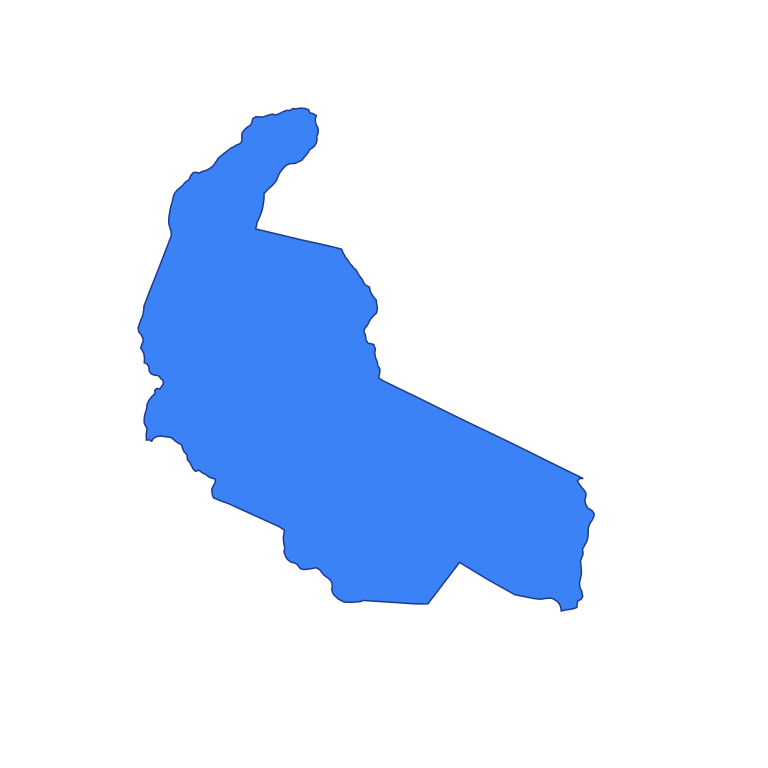 outline of Salto do Céu, Mato Grosso, Brazil, rotated 26°
{"feature_id": "56859067B30882988861922", "entity_name": "Salto do Céu", "entity_type": "district", "adm_level": 2, "iso_a3": "BRA", "parent_name": "Brazil", "parent_adm1": "Mato Grosso", "projection": "robinson", "projection_center": [-58.088, -15.003], "detail": "fine", "context": "isolated", "style": "filled", "palette": "blue", "viewbox_px": 768, "rotation_deg": 26, "n_neighbors": 0, "source": "geoboundaries", "source_scale": "gbopen_adm2", "svg_char_len": 4262}
<svg xmlns="http://www.w3.org/2000/svg" viewBox="0 0 768 768"><g transform="rotate(26 384 384)"><path d="M205.5,172.4L201.7,172.1L198.5,172.8L196.0,170.5L191.7,171.1L187.8,172.8L184.2,175.3L181.4,176.4L179.6,179.4L176.6,180.7L174.0,183.4L171.8,186.4L170.1,188.3L168.2,190.0L165.4,190.3L162.5,192.8L158.2,197.1L154.2,198.9L151.6,199.9L149.7,203.2L150.5,206.7L150.6,209.7L148.9,212.4L147.2,216.5L146.3,220.1L147.3,223.2L148.6,225.5L149.8,228.2L149.2,231.3L146.7,233.7L145.2,236.3L143.0,239.1L141.0,243.2L139.3,246.4L137.7,250.0L136.0,253.8L135.6,257.9L134.7,263.2L132.4,267.5L129.6,270.9L127.0,273.0L125.6,275.4L123.0,275.9L120.0,277.3L118.9,281.2L119.2,285.2L118.1,287.7L116.8,290.3L116.1,293.3L114.8,296.5L113.0,300.9L112.2,304.7L112.5,307.8L113.8,312.8L114.4,317.2L115.5,321.5L116.6,325.2L117.5,328.1L118.8,331.4L120.4,334.4L123.9,338.3L125.8,340.3L127.8,343.9L130.7,377.4L131.6,388.9L132.6,402.5L134.1,419.2L135.5,422.6L136.4,425.6L137.2,428.8L137.3,432.6L137.8,436.5L138.4,441.4L140.7,444.6L144.4,446.4L147.2,448.6L148.8,451.0L148.9,454.0L149.6,458.5L152.3,459.9L155.0,462.1L157.5,466.0L159.2,470.0L162.2,469.8L164.9,471.5L167.3,475.3L170.2,477.0L173.9,476.7L176.4,475.7L178.8,475.6L180.8,477.1L183.5,477.4L185.6,480.5L185.2,483.6L184.6,486.7L181.8,487.6L180.8,490.2L182.4,493.2L180.9,496.9L179.8,501.8L180.0,506.4L181.3,509.8L182.0,513.7L182.8,517.8L184.4,522.0L186.0,524.7L190.2,527.6L191.5,530.4L192.4,533.6L195.0,538.6L197.3,537.2L200.3,537.3L200.5,534.3L202.0,531.8L203.8,530.0L206.9,528.4L216.1,525.4L219.9,526.3L222.2,526.9L225.3,527.3L228.8,527.5L231.6,530.6L233.9,532.4L237.9,534.0L240.8,538.5L243.4,539.2L249.4,543.9L252.9,545.2L255.4,542.6L259.8,543.5L263.6,543.5L267.0,544.2L269.4,544.3L274.2,543.4L275.4,546.8L275.2,553.8L277.9,558.5L280.8,561.1L290.8,560.4L296.1,559.7L324.0,559.0L340.3,558.5L344.7,558.4L352.0,558.1L358.6,559.1L359.8,562.9L360.7,566.0L363.2,570.3L365.1,572.8L366.8,575.0L367.6,578.7L372.1,582.9L375.4,584.4L378.9,584.9L381.9,584.0L385.0,584.2L387.4,585.5L390.0,586.7L393.3,585.9L396.3,584.1L400.1,581.5L403.5,578.9L407.8,579.2L413.2,581.9L416.1,582.6L418.7,582.9L422.2,584.0L424.7,586.0L426.4,588.9L427.0,591.5L428.9,593.7L431.3,595.5L437.1,597.3L440.4,597.4L443.6,597.5L449.2,595.1L453.7,592.6L458.2,589.9L460.1,587.7L487.6,576.4L490.3,575.3L501.7,570.7L509.2,567.6L519.8,562.4L530.1,511.2L562.2,514.2L570.2,514.7L594.0,516.0L613.1,511.0L616.7,509.7L619.8,508.4L623.7,505.6L626.1,504.3L628.4,503.2L631.0,502.9L633.8,503.4L636.3,503.9L638.7,505.3L640.8,507.2L642.9,510.4L646.6,507.2L649.2,505.5L653.0,502.8L655.3,500.2L653.9,496.8L653.3,493.8L655.5,491.4L655.8,487.9L652.4,483.4L649.5,481.3L647.0,477.3L644.6,468.0L642.5,463.9L640.5,460.7L638.2,457.0L637.8,452.9L637.5,449.6L634.8,445.3L635.1,440.9L635.2,436.1L634.6,432.8L633.6,430.3L632.6,427.8L630.8,424.0L630.2,419.7L630.8,414.2L630.7,410.8L629.7,408.4L626.5,406.6L621.2,406.1L617.5,403.1L615.5,400.8L614.5,395.9L613.0,393.2L610.0,391.5L606.3,390.0L600.4,386.5L601.3,383.2L604.5,381.6L589.3,381.6L582.6,381.6L575.4,381.6L561.5,381.5L547.7,381.4L533.8,381.3L519.8,381.3L505.5,381.4L498.8,381.4L492.1,381.5L478.1,381.6L464.2,381.6L450.3,381.6L436.5,381.5L422.6,381.4L415.2,381.4L408.9,381.5L381.9,381.5L376.5,381.0L375.1,375.2L373.4,372.0L370.6,370.4L368.1,367.0L365.0,364.2L362.0,360.1L361.0,356.4L357.5,353.1L354.4,353.5L351.9,354.4L348.4,352.1L346.0,348.3L343.1,345.9L342.2,343.0L343.0,340.3L343.4,337.3L343.3,334.4L343.6,331.0L344.8,326.8L346.1,323.7L345.4,320.1L343.5,316.8L341.8,314.5L340.1,311.8L337.4,310.9L334.2,309.0L331.2,306.9L328.3,303.2L324.2,303.3L321.9,302.2L318.6,299.5L315.3,298.0L311.7,295.7L308.7,293.6L306.1,293.1L303.9,291.9L300.8,290.8L297.1,288.5L293.5,286.7L289.3,283.7L286.8,281.4L273.8,284.1L270.0,285.0L244.3,291.2L200.6,300.9L200.0,297.6L199.0,294.0L199.1,290.4L198.8,286.3L198.4,282.2L197.4,277.8L196.2,273.8L194.8,269.8L192.7,265.4L193.6,262.4L194.7,258.9L196.4,255.0L197.5,251.1L198.2,248.0L197.8,244.9L197.7,241.1L198.1,237.0L199.1,233.6L200.3,230.1L202.9,227.2L207.6,224.6L210.1,221.2L212.0,219.0L213.0,214.8L214.2,210.5L214.4,206.5L215.9,203.5L217.2,200.6L217.5,197.4L216.8,193.9L215.0,191.0L214.9,188.0L213.8,185.0L212.5,182.9L210.0,181.1L207.8,179.0L206.1,176.1L205.5,172.4Z" fill="#3b82f6" stroke="#1e3a8a" stroke-width="1.5"/></g></svg>